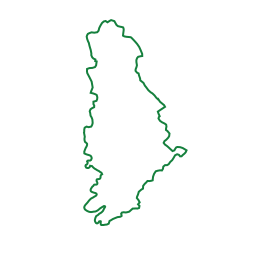 outline of Brahin, Gomel, Belarus, rotated 194°
{"feature_id": "67162791B77344314095023", "entity_name": "Brahin", "entity_type": "district", "adm_level": 2, "iso_a3": "BLR", "parent_name": "Belarus", "parent_adm1": "Gomel", "projection": "orthographic", "projection_center": [30.376, 51.651], "detail": "fine", "context": "isolated", "style": "outline", "palette": "green", "viewbox_px": 256, "rotation_deg": 194, "n_neighbors": 0, "source": "geoboundaries", "source_scale": "gbopen_adm2", "svg_char_len": 4085}
<svg xmlns="http://www.w3.org/2000/svg" viewBox="0 0 256 256"><g transform="rotate(194 128 128)"><path d="M169.6,112.9L168.8,111.2L168.3,110.1L167.8,109.0L167.7,107.3L167.4,106.2L167.0,105.2L166.3,104.1L164.9,103.5L163.9,102.8L163.6,101.7L163.7,100.2L164.2,98.5L164.5,96.6L164.7,94.5L164.2,92.8L163.0,92.5L161.0,92.3L159.5,92.3L157.5,92.0L156.3,90.8L155.9,89.8L156.1,88.1L156.9,87.2L158.0,87.0L158.9,86.7L159.4,86.4L159.6,85.6L158.8,84.8L158.7,83.7L159.0,82.8L160.0,81.9L160.1,80.8L159.1,79.5L157.9,79.3L156.6,79.7L155.7,80.8L155.6,82.2L153.6,82.3L152.7,81.6L151.8,81.1L150.6,80.5L149.4,80.2L147.7,79.6L145.8,79.2L144.2,78.5L143.0,78.2L141.9,76.9L142.7,76.0L143.0,75.2L142.8,73.9L142.7,73.3L142.8,72.3L143.5,71.6L144.4,71.2L145.6,70.8L145.9,70.1L145.7,69.0L144.6,67.7L144.3,66.9L144.3,66.3L144.6,65.7L145.3,65.3L146.4,65.1L147.1,64.8L147.4,64.2L147.7,63.3L148.4,62.5L148.9,61.1L149.3,59.8L149.3,58.7L148.7,57.7L147.9,57.3L146.5,57.1L145.3,57.0L143.9,57.0L142.8,56.7L142.3,56.0L142.3,55.7L142.5,54.8L143.1,54.1L144.0,53.3L145.0,52.2L146.7,50.7L147.4,49.7L148.3,48.1L149.1,46.2L149.8,44.8L150.7,43.2L151.3,41.4L151.2,40.1L150.3,38.8L149.5,38.3L147.5,37.6L145.6,37.3L145.0,37.3L143.5,37.5L142.2,38.0L140.9,38.6L139.6,39.0L138.6,39.7L137.5,40.7L136.5,42.0L135.6,43.3L133.8,45.2L132.4,46.5L131.5,46.5L131.1,46.0L131.7,44.0L132.2,41.6L132.9,40.3L133.8,39.1L135.2,37.8L135.8,36.7L136.8,35.6L137.6,34.7L137.9,32.7L137.9,30.6L137.3,29.3L136.1,28.1L135.0,27.9L134.1,28.6L133.7,29.4L133.4,30.4L132.4,30.9L131.8,30.8L131.6,29.5L131.3,28.3L130.5,27.4L130.4,27.4L128.4,27.9L126.9,28.6L125.2,29.2L123.6,30.5L123.4,33.4L122.2,34.4L120.7,36.0L118.4,37.7L116.6,39.0L114.2,39.9L113.0,40.9L113.1,41.8L113.9,43.1L113.5,44.4L111.9,45.2L109.7,45.5L108.0,46.3L106.5,47.2L105.3,49.0L104.0,50.9L101.4,51.7L99.2,52.2L97.9,53.1L98.0,55.2L99.8,56.4L98.7,58.7L100.6,60.8L102.5,62.2L102.6,63.5L102.2,65.9L102.1,68.7L100.2,71.4L98.8,72.8L99.3,75.5L98.2,78.0L97.2,79.5L96.3,81.3L94.3,81.7L92.5,82.5L91.4,83.2L91.7,85.1L91.9,86.8L91.6,89.8L90.6,92.7L88.9,93.7L86.7,94.7L84.8,95.0L84.2,96.9L84.4,99.1L83.1,100.9L81.1,101.4L79.8,102.7L78.8,105.3L77.4,107.4L76.7,109.4L75.7,112.9L74.0,114.4L72.1,114.3L70.6,113.1L69.2,113.5L68.3,115.1L67.1,116.7L66.2,118.3L65.8,120.5L67.4,121.0L70.1,121.8L72.8,122.0L75.6,121.5L76.6,120.7L77.2,119.1L77.6,117.5L79.2,116.4L81.6,117.7L84.5,119.3L85.9,120.0L88.2,120.9L89.8,122.2L89.4,124.2L88.0,125.9L86.6,128.4L86.1,130.1L86.4,132.7L89.0,134.6L90.7,135.3L91.0,137.0L91.0,138.6L91.8,140.5L93.6,141.2L96.4,141.8L98.7,142.7L100.7,144.6L100.7,146.1L100.1,147.1L101.7,149.1L103.0,151.1L101.6,152.7L99.3,155.2L97.2,157.5L98.5,158.9L103.3,161.2L105.7,163.4L105.9,163.1L108.0,164.3L110.1,166.0L112.7,167.5L114.6,168.1L117.4,169.6L120.3,172.0L121.9,173.2L123.9,175.5L126.5,176.7L127.6,177.2L128.3,179.1L130.1,181.8L130.9,183.5L132.7,183.9L134.5,185.3L134.8,186.8L134.5,189.2L134.5,191.0L135.8,194.0L136.3,195.9L136.1,198.0L135.4,199.5L133.3,200.6L131.6,201.3L132.2,203.4L134.8,206.9L136.7,209.3L139.4,211.7L141.5,213.2L143.9,214.8L146.8,216.6L147.7,216.7L151.7,216.1L153.7,216.0L155.2,216.4L155.6,219.4L155.8,221.4L156.1,222.9L157.0,224.4L158.5,224.5L159.8,224.4L162.5,224.4L164.2,225.3L165.6,226.8L167.1,228.4L170.5,228.6L171.7,227.5L173.5,225.6L175.6,226.4L177.3,225.5L178.6,223.6L179.5,220.7L180.1,218.0L180.1,215.3L181.0,213.5L183.8,212.3L186.5,212.0L188.3,210.8L189.7,209.6L190.1,208.2L190.2,206.7L189.2,204.6L187.8,202.5L186.6,201.1L185.4,198.7L184.2,196.6L183.0,194.6L181.6,191.5L181.2,189.7L179.8,187.9L178.3,187.0L176.2,186.6L176.0,185.0L174.5,185.0L174.3,182.9L174.1,181.0L174.8,179.1L177.1,177.7L179.9,176.8L182.0,175.4L181.5,173.0L180.8,171.4L177.5,167.7L174.5,164.2L172.1,158.8L172.3,157.0L172.6,155.0L172.7,153.1L170.0,153.1L167.5,152.8L166.3,152.4L165.2,150.4L164.9,148.5L165.2,146.7L167.9,145.2L167.3,142.8L166.2,141.6L165.9,140.0L167.6,138.6L168.9,137.1L169.2,135.0L168.3,133.4L167.3,130.9L165.9,129.5L164.6,127.6L163.5,124.3L163.5,122.5L164.0,120.5L166.3,119.3L168.6,119.3L170.1,117.8L170.1,116.1L169.5,113.3L169.6,112.9Z" fill="none" stroke="#15803d" stroke-width="2"/></g></svg>